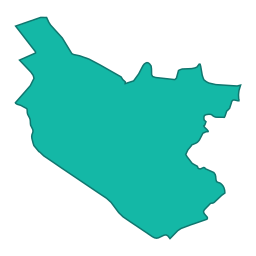 an SVG outline of Bukhoro
{"feature_id": "UZB-354", "entity_name": "Bukhoro", "entity_type": "Region", "adm_level": 1, "iso_a3": "UZB", "parent_name": "Uzbekistan", "parent_adm1": "", "projection": "robinson", "projection_center": [64.255, 40.217], "detail": "fine", "context": "isolated", "style": "filled", "palette": "teal", "viewbox_px": 256, "rotation_deg": 0, "n_neighbors": 0, "source": "natural_earth", "source_scale": "10m", "svg_char_len": 2594}
<svg xmlns="http://www.w3.org/2000/svg" viewBox="0 0 256 256"><path d="M156.6,238.2L154.5,237.8L152.4,236.7L140.9,228.9L130.9,222.2L123.0,216.8L118.7,212.6L111.1,202.4L106.6,198.3L96.7,191.7L73.3,175.9L61.7,168.1L52.1,161.5L43.8,155.9L39.7,152.0L38.9,151.6L33.9,145.6L33.1,143.2L31.9,138.4L31.7,136.4L32.0,134.5L32.6,133.0L33.0,131.4L32.8,129.6L30.6,125.2L30.4,123.4L30.3,121.1L30.1,119.4L29.5,117.8L27.7,114.4L27.3,112.8L27.1,109.2L26.4,108.4L20.6,105.3L17.2,104.3L15.7,103.3L15.4,102.7L30.3,85.7L34.0,78.3L33.2,75.4L30.9,72.1L19.5,60.1L35.5,53.0L35.5,51.8L15.6,26.1L40.7,17.4L46.6,17.5L48.8,22.3L50.6,25.1L62.3,38.0L71.8,53.6L73.5,54.5L79.7,55.8L89.0,59.1L99.8,64.8L121.1,76.9L122.7,79.5L125.3,81.9L125.2,83.6L133.6,80.9L138.7,73.9L142.9,65.8L144.2,64.1L145.6,63.1L147.0,62.6L148.3,62.9L149.7,64.0L151.1,66.0L151.5,68.9L151.6,74.6L152.6,76.5L155.6,77.5L174.8,79.6L176.4,78.2L178.5,70.5L179.9,69.8L182.2,69.0L191.6,68.6L194.7,68.0L196.9,67.1L199.2,64.1L200.1,64.2L200.7,66.3L202.2,75.0L202.9,77.3L203.9,79.8L206.3,81.7L208.8,83.0L215.8,84.6L237.2,86.0L240.6,85.1L239.0,90.4L238.7,92.6L238.5,94.9L238.6,97.0L238.7,98.8L239.0,99.8L238.9,100.8L238.0,100.8L234.3,100.0L233.6,100.0L232.9,100.2L232.4,100.6L231.6,101.7L231.4,102.8L229.6,108.3L228.0,110.0L226.7,111.1L225.1,115.9L224.4,117.3L216.0,117.2L214.4,116.7L212.9,115.8L211.5,114.6L210.1,114.3L208.5,114.3L206.0,114.7L204.8,115.3L204.2,116.0L204.0,116.8L203.9,117.6L203.9,118.4L204.2,120.1L206.0,121.7L204.8,125.0L204.2,125.6L203.9,125.7L203.8,125.9L203.9,126.2L204.7,127.4L206.8,129.4L207.9,130.7L208.2,131.3L208.1,131.6L206.0,131.8L205.5,131.9L205.1,132.2L204.6,132.6L203.9,132.6L202.8,133.4L199.5,139.8L198.5,141.1L197.3,142.3L196.0,143.1L191.6,145.0L191.1,146.1L190.5,146.6L190.3,147.0L188.0,149.7L186.8,152.2L185.8,154.4L186.9,156.5L192.1,163.3L194.1,164.5L197.4,166.3L197.5,166.8L197.9,167.6L198.2,168.3L199.2,168.8L200.5,168.9L203.6,167.5L204.7,167.7L205.3,168.7L213.8,172.5L215.2,174.5L215.7,176.5L215.8,177.9L216.0,179.8L216.6,181.6L218.0,182.4L219.7,182.9L220.7,183.5L222.0,184.7L223.2,186.2L223.4,186.7L223.9,187.6L224.6,190.0L224.7,190.6L224.9,193.0L221.6,195.4L214.4,202.2L213.5,202.8L212.7,203.1L212.0,203.1L211.2,203.2L210.6,203.4L210.2,203.7L204.8,209.3L204.1,210.2L203.7,210.9L203.6,211.4L203.6,211.9L203.7,212.3L203.8,212.7L204.1,213.4L204.6,214.1L206.9,216.8L207.2,217.1L207.4,217.6L207.4,218.1L207.3,218.8L206.9,219.2L206.5,219.4L194.7,223.5L190.8,224.8L181.0,228.5L177.7,230.7L171.1,237.5L170.0,238.6L167.9,235.9L166.2,234.9L164.0,235.2L158.5,237.8L156.6,238.2Z" fill="#14b8a6" stroke="#0f766e" stroke-width="1.5"/></svg>